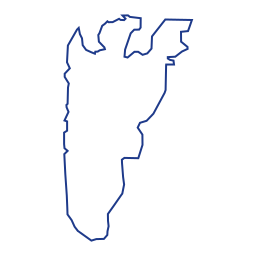 the district of Dosso, Dosso, Niger
{"feature_id": "23599985B13950466033624", "entity_name": "Dosso", "entity_type": "district", "adm_level": 2, "iso_a3": "NER", "parent_name": "Niger", "parent_adm1": "Dosso", "projection": "robinson", "projection_center": [3.352, 12.846], "detail": "fine", "context": "isolated", "style": "outline", "palette": "blue", "viewbox_px": 256, "rotation_deg": 0, "n_neighbors": 0, "source": "geoboundaries", "source_scale": "gbopen_adm2", "svg_char_len": 1371}
<svg xmlns="http://www.w3.org/2000/svg" viewBox="0 0 256 256"><path d="M67.5,214.4L71.6,220.1L74.6,226.7L77.8,230.9L91.4,240.6L96.3,239.1L103.9,238.9L107.3,235.0L107.5,231.3L108.6,226.2L108.0,220.8L107.9,214.0L113.8,205.7L121.4,194.8L122.3,193.6L124.1,184.5L123.1,177.0L122.0,162.8L121.9,159.7L124.4,157.9L138.3,158.2L142.5,144.9L142.4,134.6L137.7,127.6L140.0,122.8L146.6,120.8L153.3,113.8L153.4,113.7L164.6,92.9L165.6,90.0L166.1,65.6L166.2,64.5L174.0,64.5L173.5,60.6L170.0,59.9L167.8,58.5L167.8,57.1L175.3,56.7L182.0,51.5L187.6,48.9L187.5,46.9L181.1,41.7L181.0,31.8L188.0,31.1L189.3,27.5L191.9,20.0L165.3,19.5L152.0,36.4L151.5,48.6L147.3,53.4L142.6,54.8L138.2,51.8L134.4,51.8L127.6,57.5L124.5,56.7L125.1,49.6L130.7,33.3L134.2,29.7L139.1,29.6L140.6,27.6L140.7,18.2L129.9,16.9L128.0,15.4L122.5,15.5L125.5,18.7L124.1,20.1L120.5,19.9L119.1,18.8L112.7,22.1L108.5,22.2L107.4,21.3L104.9,23.8L102.2,25.8L99.5,33.1L98.3,35.0L98.9,41.7L104.4,47.4L104.9,49.2L99.7,50.3L97.7,51.6L95.3,51.7L94.9,53.7L91.4,52.3L86.1,49.9L82.7,45.2L82.0,38.3L79.9,34.1L78.7,27.9L77.0,29.6L67.9,45.5L67.0,62.3L69.8,68.3L64.7,73.7L64.7,76.9L68.8,83.5L68.0,87.5L67.6,103.8L66.4,105.0L66.6,107.3L68.5,111.9L64.5,120.5L67.1,121.4L67.1,130.7L64.1,132.6L64.1,135.4L64.1,144.1L64.5,148.2L67.6,150.9L64.3,154.1L65.3,173.9L66.8,195.8L67.3,208.0L67.5,214.4Z" fill="none" stroke="#1e3a8a" stroke-width="2"/></svg>